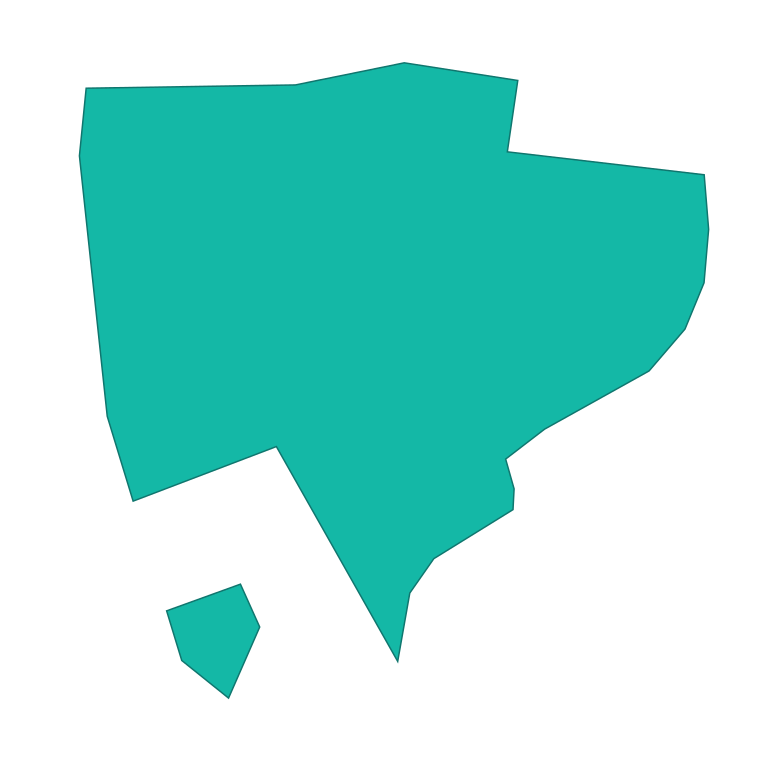 map outline of A'ana (Mercator projection), rotated 273°
{"feature_id": "WSM-4985", "entity_name": "A'ana", "entity_type": "state/province", "adm_level": 1, "iso_a3": "WSM", "parent_name": "Samoa", "parent_adm1": "", "projection": "mercator", "projection_center": [-171.958, -13.906], "detail": "fine", "context": "isolated", "style": "filled", "palette": "teal", "viewbox_px": 768, "rotation_deg": 273, "n_neighbors": 0, "source": "natural_earth", "source_scale": "10m", "svg_char_len": 503}
<svg xmlns="http://www.w3.org/2000/svg" viewBox="0 0 768 768"><g transform="rotate(273 384 384)"><path d="M253.9,139.6L337.3,109.3L595.9,67.9L663.8,71.1L678.0,279.8L705.8,387.4L694.1,501.7L622.3,495.0L609.7,692.8L555.4,700.1L501.8,698.3L454.6,681.7L410.9,648.0L347.3,546.7L315.4,509.4L286.1,519.4L265.3,519.4L212.2,442.9L176.6,420.7L107.7,412.2L315.9,279.8L253.9,139.6ZM62.2,245.2L97.3,196.5L146.1,178.8L176.6,251.1L134.8,272.6L62.2,245.2Z" fill="#14b8a6" stroke="#0f766e" stroke-width="1.5"/></g></svg>